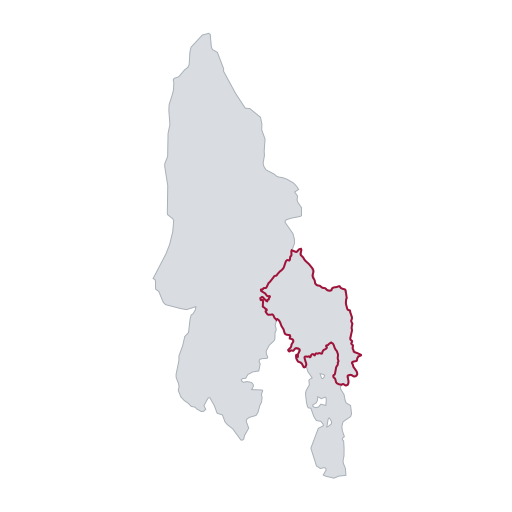 Osh on a map of Kyrgyzstan (Natural Earth projection), rotated 269°
{"feature_id": "KGZ-1122", "entity_name": "Osh", "entity_type": "Region", "adm_level": 1, "iso_a3": "KGZ", "parent_name": "Kyrgyzstan", "parent_adm1": "", "projection": "natural_earth1", "projection_center": [73.025, 40.164], "detail": "fine", "context": "in_parent", "style": "outline", "palette": "rose", "viewbox_px": 512, "rotation_deg": 269, "n_neighbors": 0, "source": "natural_earth", "source_scale": "10m", "svg_char_len": 9500}
<svg xmlns="http://www.w3.org/2000/svg" viewBox="0 0 512 512"><g transform="rotate(269 256 256)"><path d="M103.3,305.6L104.6,304.8L108.9,303.9L117.4,303.1L120.4,303.7L126.2,307.1L130.7,306.7L131.5,307.2L133.2,310.0L139.5,305.8L144.0,304.6L146.3,300.4L151.2,295.4L155.3,294.6L155.4,295.4L156.2,296.1L160.4,297.3L161.7,296.0L162.3,294.1L160.9,291.3L160.9,290.0L162.2,288.3L168.9,291.0L170.4,291.0L173.5,289.4L176.3,286.7L177.3,284.6L191.1,277.7L192.1,276.4L191.9,275.5L186.1,273.9L183.5,274.8L181.1,274.8L179.7,273.8L172.7,273.4L171.1,272.7L166.5,267.7L160.7,264.5L157.9,264.7L154.6,266.0L153.5,265.4L153.3,260.7L152.6,257.9L150.6,257.2L148.1,258.3L141.0,256.8L140.2,250.9L137.6,245.7L133.9,243.6L133.7,240.4L132.4,239.1L131.3,239.5L129.9,241.1L130.6,244.5L130.0,248.0L129.2,249.7L127.5,251.0L125.7,251.1L122.5,249.3L121.9,259.8L121.3,260.4L117.5,259.0L114.4,259.6L109.8,259.0L106.4,257.2L99.7,255.3L96.6,253.3L94.7,246.3L92.8,243.8L91.1,243.3L84.0,245.7L76.7,241.4L73.1,240.5L72.1,239.2L72.3,237.6L83.5,229.8L87.9,224.4L90.7,222.1L97.7,219.7L99.3,214.8L99.9,214.2L107.0,211.8L115.0,207.5L115.1,206.3L114.3,205.3L107.2,201.3L103.6,203.1L101.5,200.8L101.5,198.5L103.9,194.4L105.9,192.4L106.8,188.5L109.7,185.9L112.7,181.8L116.3,178.5L123.0,175.9L126.7,176.8L130.2,176.2L135.6,174.1L138.9,174.0L152.8,177.1L157.4,177.2L168.1,181.3L176.6,183.3L180.7,187.2L194.2,189.0L198.0,190.1L199.3,192.0L203.2,194.4L206.4,195.0L203.6,185.6L204.7,180.0L208.9,164.8L211.2,162.5L222.2,158.2L224.7,155.0L232.6,155.1L234.3,154.5L235.2,152.7L259.7,166.0L269.0,169.8L281.9,173.2L292.7,174.3L294.6,173.5L298.9,168.3L300.9,168.1L327.9,169.0L347.1,166.3L349.9,166.4L357.1,169.4L379.9,170.2L388.9,172.2L403.1,171.4L409.0,171.8L419.9,175.5L423.7,176.4L430.7,176.9L433.4,176.3L435.0,177.2L436.6,181.9L443.4,187.9L445.9,191.2L448.5,192.5L461.1,193.5L465.9,194.7L477.8,206.1L479.5,212.7L478.3,214.1L466.0,215.0L463.2,216.0L460.3,220.9L443.8,226.9L441.3,226.8L419.3,238.2L404.0,247.8L403.5,252.4L394.6,262.9L387.9,264.2L382.1,263.9L372.7,267.1L360.6,266.0L356.4,266.2L348.5,264.7L345.3,265.5L341.9,267.6L337.3,276.0L335.4,278.0L334.6,279.9L333.9,284.0L332.2,288.3L328.3,294.8L324.9,297.9L321.8,299.8L319.3,295.8L315.1,298.6L311.3,298.0L308.9,298.8L303.6,302.3L295.6,302.2L294.8,301.0L293.1,291.4L291.7,286.9L290.5,285.9L289.1,285.7L277.8,293.3L272.5,294.6L268.2,294.8L262.5,292.6L261.3,293.1L260.3,294.4L259.9,295.9L261.6,300.2L261.1,301.0L258.6,301.0L255.0,301.9L244.1,310.8L237.2,313.1L230.8,314.0L227.0,315.6L224.9,318.9L220.7,328.0L220.8,329.9L222.6,332.4L223.9,337.9L223.6,339.4L220.2,343.9L215.8,345.3L212.4,346.0L205.8,345.4L202.4,346.3L196.2,349.8L191.0,350.4L181.3,350.5L171.8,349.2L168.7,349.7L160.2,351.7L157.4,355.0L155.8,357.9L155.0,358.3L151.6,355.6L147.4,350.9L145.2,351.0L137.7,354.9L136.5,354.7L134.4,353.3L134.7,347.3L132.2,346.1L127.1,345.8L125.3,344.5L125.9,340.6L125.3,339.2L124.0,338.1L121.3,338.4L115.9,341.6L109.6,342.7L107.4,343.7L104.9,347.9L96.5,348.8L93.8,347.8L88.7,340.1L84.4,338.9L79.9,339.2L73.9,341.2L72.4,339.5L70.9,339.1L69.5,340.4L62.1,340.7L54.6,340.5L50.3,339.5L47.5,339.6L41.9,341.7L35.1,342.1L34.5,334.9L32.5,330.0L34.6,322.0L35.8,319.4L40.9,322.4L42.7,321.9L43.2,320.3L42.4,316.7L45.0,312.8L62.9,307.5L82.6,315.3L85.1,320.4L86.8,320.1L89.6,317.9L90.4,313.5L94.3,311.1L102.8,308.2L103.3,305.6ZM113.3,323.3L113.7,322.6L112.2,318.8L114.3,315.3L110.3,314.8L108.2,313.7L106.0,310.2L105.2,310.0L104.0,311.0L103.3,313.3L103.9,315.8L106.7,318.2L105.4,323.2L111.3,323.8L113.3,323.3ZM92.7,326.7L92.5,325.7L91.2,325.2L83.8,323.8L84.0,324.8L86.9,328.5L89.0,328.7L92.7,326.7ZM136.7,320.4L137.2,318.0L132.7,319.4L132.2,320.6L133.7,322.0L135.6,322.6L136.7,320.4Z" fill="#d9dde1" stroke="#a8b0b8" stroke-width="1"/><path d="M261.1,291.8L260.7,292.6L260.5,293.1L260.5,293.3L260.1,294.2L259.6,295.3L259.3,296.3L259.6,297.1L261.6,298.8L262.1,299.5L262.4,301.1L261.2,301.5L257.7,300.6L256.8,300.6L256.0,300.9L254.0,302.9L253.3,303.4L251.7,304.2L250.4,305.2L246.8,309.0L242.4,312.4L240.9,313.0L239.7,313.2L238.4,313.0L237.0,312.5L235.6,312.2L234.2,312.4L232.8,312.9L231.5,313.8L230.2,314.3L227.5,314.7L226.4,315.6L226.0,316.1L225.6,316.7L225.4,317.4L225.3,318.1L225.1,319.3L224.4,320.2L223.6,321.0L223.0,322.0L222.7,324.1L222.5,324.7L222.2,325.1L221.0,326.1L220.5,326.8L220.2,327.7L220.0,328.7L220.0,329.7L220.4,330.7L221.0,331.1L221.7,331.2L222.5,331.7L223.0,332.6L223.3,333.7L223.5,335.9L224.4,338.6L224.2,339.2L223.3,339.7L222.6,340.2L222.1,341.0L221.7,342.1L221.2,343.9L220.8,344.6L220.1,345.0L212.4,346.0L211.3,345.4L207.5,345.0L206.0,345.2L201.6,346.3L200.6,346.9L200.3,347.7L200.2,348.4L199.9,349.0L197.6,349.4L193.4,350.8L192.1,350.9L190.7,350.5L189.9,350.1L189.4,350.0L188.9,350.1L186.9,351.1L186.3,351.2L185.6,350.9L183.0,350.4L182.2,350.3L180.4,350.7L179.8,350.7L172.2,348.8L171.5,348.8L170.8,349.0L170.4,349.3L169.6,350.3L169.2,350.6L168.5,350.6L167.5,349.9L166.9,349.7L166.4,349.9L165.1,351.3L164.5,351.4L163.8,351.3L162.4,351.0L161.7,351.0L160.2,351.8L159.3,351.9L158.6,352.1L158.1,352.9L157.1,355.7L155.4,359.2L155.0,359.3L154.9,359.3L154.5,358.7L154.2,357.8L154.0,357.4L154.0,357.0L153.9,356.6L153.1,356.2L152.4,355.7L152.1,355.5L150.3,355.2L149.5,354.9L149.1,354.1L149.0,353.0L148.8,351.7L148.4,350.6L147.7,350.1L146.9,350.2L145.5,351.0L143.9,351.3L143.2,351.6L139.2,354.4L137.7,355.0L136.2,355.2L135.4,354.9L134.7,354.4L134.1,353.6L133.8,352.5L133.9,351.5L134.3,350.9L134.8,350.3L135.3,349.5L135.5,348.5L135.4,347.2L135.0,346.0L134.4,345.5L133.5,345.5L129.4,346.3L127.4,346.2L125.7,345.5L124.9,343.7L125.2,342.9L126.3,341.4L126.5,340.7L126.2,339.8L125.7,339.1L126.0,338.2L126.3,336.7L126.4,336.4L127.3,334.7L128.3,333.9L131.5,333.1L132.2,332.7L132.7,332.2L133.1,331.6L133.5,331.4L134.0,331.2L134.7,331.2L135.3,331.3L135.6,331.5L135.8,332.2L136.1,332.5L136.7,332.8L137.3,333.0L143.3,334.2L144.0,334.5L144.5,334.9L145.4,335.6L146.0,335.8L146.8,336.0L147.4,336.0L148.1,335.9L148.4,336.1L149.2,336.6L149.6,336.6L150.0,336.5L150.9,336.2L151.5,336.0L152.8,335.9L155.4,336.3L156.8,336.1L157.8,335.7L159.1,335.3L159.7,335.0L160.1,334.7L161.2,333.8L163.2,332.9L165.2,332.3L166.6,331.6L167.0,331.3L167.3,331.1L167.4,330.9L167.6,330.3L168.2,329.6L167.2,328.0L166.4,327.0L165.8,326.5L165.6,326.0L165.4,324.9L165.1,324.6L164.7,324.5L164.3,324.7L163.6,325.2L163.1,325.2L162.5,324.9L161.6,323.6L161.0,322.4L160.6,321.7L160.1,321.4L159.5,321.0L158.9,320.7L157.8,320.5L157.4,320.3L157.3,320.0L157.2,319.6L157.3,319.2L157.5,318.7L157.7,318.3L157.8,317.8L157.8,317.3L157.4,316.5L157.3,316.0L157.3,315.6L157.5,315.2L157.6,314.9L157.6,314.4L157.3,314.0L157.0,313.7L155.7,313.1L155.6,312.8L155.7,312.6L156.6,311.8L156.9,311.3L156.8,310.5L156.5,309.9L156.0,309.5L154.3,308.8L153.9,308.5L153.8,308.1L154.0,307.9L154.4,307.7L154.7,307.4L154.8,306.9L154.5,306.3L154.4,305.9L154.4,305.4L154.7,304.4L154.7,303.9L154.4,303.1L154.0,302.8L153.4,302.7L149.8,303.6L147.8,304.3L146.3,304.4L146.0,304.2L144.8,303.7L144.1,303.2L143.8,302.4L144.0,301.7L147.6,300.0L148.6,298.9L149.2,297.5L149.5,296.5L149.9,296.0L152.6,294.6L153.3,294.4L155.1,294.3L155.4,294.3L156.2,294.4L156.5,294.7L156.4,295.2L155.8,295.4L155.1,295.5L154.6,295.6L154.4,296.0L154.9,296.2L156.8,296.1L157.4,296.4L159.8,297.7L160.9,298.1L161.9,297.9L162.7,296.8L163.1,295.5L163.2,294.3L162.9,293.7L162.7,293.3L161.0,292.1L160.6,291.6L160.6,291.1L160.9,290.2L160.9,289.3L160.0,287.9L160.2,287.1L161.4,286.5L162.7,287.7L164.1,289.2L165.2,289.7L166.8,289.9L169.7,291.8L171.3,291.7L171.9,291.2L172.3,290.6L172.5,289.9L172.6,289.1L172.9,288.3L173.6,288.3L175.1,288.9L176.3,288.4L176.8,285.0L177.7,283.6L179.2,283.0L182.1,282.3L185.6,280.2L189.4,278.9L191.3,277.8L192.6,276.2L192.4,275.2L192.0,275.1L192.7,274.5L193.9,273.4L196.2,272.4L196.8,272.0L197.1,271.6L197.3,271.3L197.3,271.0L197.3,270.7L197.2,270.4L197.1,270.1L197.0,269.8L197.0,269.6L197.1,269.0L197.1,268.7L197.0,267.9L197.0,267.5L197.2,266.9L197.5,266.5L197.8,266.2L200.0,264.7L200.4,264.6L200.7,264.7L200.9,264.9L201.1,265.1L201.3,265.6L201.6,265.8L201.8,265.8L202.1,265.8L202.5,265.6L202.8,264.9L203.1,264.4L203.4,264.1L203.9,263.8L204.2,263.5L204.9,262.3L205.2,262.0L205.3,261.9L205.6,262.0L205.8,262.0L207.2,262.0L210.6,262.3L211.1,262.2L211.6,262.0L211.9,261.9L212.0,261.7L212.0,261.3L211.9,261.1L211.8,260.8L211.7,260.5L211.9,260.1L212.0,259.9L212.3,259.8L213.5,259.6L213.8,259.6L213.9,259.8L214.2,260.2L214.7,260.8L214.8,261.0L215.0,261.4L214.9,261.7L214.7,262.1L211.2,265.2L210.8,265.7L210.6,266.0L210.5,266.4L210.7,266.5L211.8,266.6L212.0,266.7L212.1,266.9L212.1,267.1L212.2,267.4L212.2,267.8L212.4,267.9L212.7,268.1L213.4,268.2L213.6,268.3L213.8,268.4L214.3,268.8L214.7,269.0L215.2,269.2L215.5,269.1L215.7,268.8L215.7,268.5L215.6,267.8L215.6,267.4L215.6,267.0L215.8,266.6L216.1,266.2L216.6,265.8L218.2,264.7L218.4,264.5L220.6,261.1L221.2,260.4L221.9,260.3L222.3,260.4L222.5,260.6L222.5,260.9L222.4,261.6L222.5,262.0L222.7,262.3L223.6,262.9L223.8,263.3L223.8,263.8L223.8,264.5L223.9,265.2L224.0,265.6L224.2,265.8L228.9,268.2L229.4,269.0L229.6,269.2L234.1,272.9L235.1,273.6L235.4,273.8L235.6,274.2L235.8,274.7L235.9,275.1L236.0,275.8L236.0,276.0L236.2,276.3L236.7,276.6L237.3,277.0L238.9,278.4L240.2,279.7L240.5,280.1L240.9,280.7L241.2,281.1L241.9,281.9L243.5,283.3L244.4,283.7L250.0,285.7L250.5,286.0L251.0,286.5L251.2,286.9L251.4,287.2L251.4,287.4L251.4,287.7L251.3,288.0L251.2,288.3L251.1,288.6L250.9,289.2L251.2,289.5L251.8,289.8L254.8,290.3L255.1,290.6L255.5,291.1L255.7,291.3L256.2,291.4L256.9,291.5L260.1,291.4L261.1,291.8L261.1,291.8Z" fill="none" stroke="#9f1239" stroke-width="2"/></g></svg>